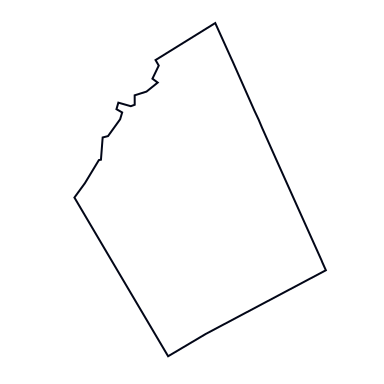 Pickens, Alabama, United States of America, rotated 150°
{"feature_id": "52423323B32953857630822", "entity_name": "Pickens", "entity_type": "district", "adm_level": 2, "iso_a3": "USA", "parent_name": "United States of America", "parent_adm1": "Alabama", "projection": "orthographic", "projection_center": [-88.115, 33.263], "detail": "fine", "context": "isolated", "style": "outline", "palette": "ink", "viewbox_px": 384, "rotation_deg": 150, "n_neighbors": 0, "source": "geoboundaries", "source_scale": "gbopen_adm2", "svg_char_len": 562}
<svg xmlns="http://www.w3.org/2000/svg" viewBox="0 0 384 384"><g transform="rotate(150 192 192)"><path d="M251.0,62.2L115.2,57.3L114.3,66.0L114.0,68.0L108.3,124.3L103.4,172.3L102.7,179.2L99.2,212.7L98.1,221.4L97.3,231.0L91.4,286.0L91.4,286.4L87.4,326.7L157.6,324.5L157.6,318.1L169.6,309.9L167.0,303.9L181.2,301.7L193.3,304.4L198.0,296.2L202.1,296.9L211.1,306.2L216.0,301.5L212.7,295.8L217.9,290.9L236.8,282.4L242.1,283.9L254.7,265.5L256.7,266.2L280.3,253.2L296.6,246.0L296.0,181.1L294.8,61.7L251.0,62.2Z" fill="none" stroke="#020617" stroke-width="2"/></g></svg>